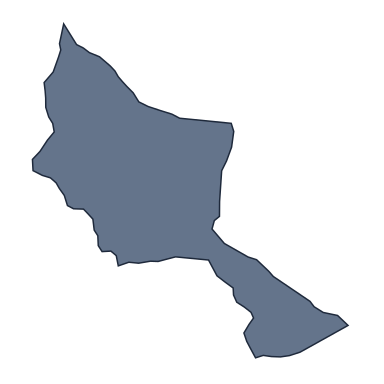 outline of Tenório, Paraíba, Brazil, rotated 92°
{"feature_id": "56859067B37048912753214", "entity_name": "Tenório", "entity_type": "district", "adm_level": 2, "iso_a3": "BRA", "parent_name": "Brazil", "parent_adm1": "Paraíba", "projection": "orthographic", "projection_center": [-36.622, -6.947], "detail": "fine", "context": "isolated", "style": "filled", "palette": "slate", "viewbox_px": 384, "rotation_deg": 92, "n_neighbors": 0, "source": "geoboundaries", "source_scale": "gbopen_adm2", "svg_char_len": 1261}
<svg xmlns="http://www.w3.org/2000/svg" viewBox="0 0 384 384"><g transform="rotate(92 192 192)"><path d="M130.0,152.4L122.0,155.2L118.7,206.9L114.9,214.8L111.7,226.5L108.1,238.8L103.8,248.3L95.0,254.2L88.8,260.8L84.0,265.5L79.3,269.8L73.8,273.2L69.0,278.0L60.1,289.1L56.3,299.4L51.9,305.6L48.7,312.5L28.5,326.1L48.4,329.6L54.6,328.1L61.8,330.1L76.9,334.9L87.8,343.6L96.1,342.3L103.3,341.5L112.5,341.1L122.0,337.8L128.3,333.6L136.8,331.8L145.1,338.2L156.7,345.3L165.0,352.6L176.2,351.6L180.6,342.2L182.8,334.0L187.6,328.1L193.1,324.7L199.9,319.5L209.9,316.0L212.9,309.8L212.9,299.8L217.6,295.0L222.6,290.1L233.5,288.4L239.0,284.6L248.9,283.8L254.7,279.8L253.9,271.0L258.2,265.5L268.4,263.1L264.4,252.7L265.0,242.8L262.6,231.1L262.6,223.4L260.2,215.6L257.4,206.2L259.4,173.1L274.9,164.1L280.8,155.9L286.5,147.5L293.5,146.9L300.6,143.4L305.1,135.8L310.2,128.8L315.8,126.1L322.2,130.3L331.1,135.2L339.3,132.1L345.8,128.4L355.5,122.7L352.8,115.1L353.7,106.8L353.7,97.8L352.1,88.9L348.3,78.4L319.9,31.4L310.3,42.2L307.8,56.7L302.4,66.0L297.2,70.2L273.6,107.8L268.5,112.6L257.4,125.1L255.0,133.7L242.3,157.9L228.3,170.7L219.8,168.7L215.4,163.7L200.5,164.1L169.7,163.1L159.8,158.6L145.8,154.0L130.0,152.4Z" fill="#64748b" stroke="#1e293b" stroke-width="1.5"/></g></svg>